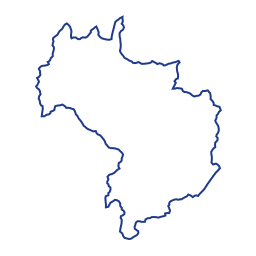 Campinas, São Paulo, Brazil (orthographic projection), rotated 91°
{"feature_id": "56859067B21122711831395", "entity_name": "Campinas", "entity_type": "district", "adm_level": 2, "iso_a3": "BRA", "parent_name": "Brazil", "parent_adm1": "São Paulo", "projection": "orthographic", "projection_center": [-47.047, -22.895], "detail": "fine", "context": "isolated", "style": "outline", "palette": "blue", "viewbox_px": 256, "rotation_deg": 91, "n_neighbors": 0, "source": "geoboundaries", "source_scale": "gbopen_adm2", "svg_char_len": 4492}
<svg xmlns="http://www.w3.org/2000/svg" viewBox="0 0 256 256"><g transform="rotate(91 128 128)"><path d="M217.1,96.2L216.3,93.9L215.6,91.0L214.9,89.1L212.8,89.4L212.4,87.6L212.3,85.4L210.0,84.5L207.3,85.5L205.3,86.4L204.0,85.3L202.4,85.5L200.8,84.5L199.9,82.9L198.9,80.7L198.4,78.5L198.9,76.6L198.4,75.0L198.4,73.3L197.0,71.2L195.9,69.4L195.3,67.9L193.5,66.5L194.4,64.1L196.0,62.0L194.6,60.3L194.2,58.5L194.7,56.8L192.9,55.4L188.2,51.0L186.4,49.8L182.5,47.4L176.1,43.0L173.3,41.0L171.0,39.4L169.5,37.8L168.3,36.8L166.7,35.4L164.6,36.2L162.9,37.9L162.1,39.5L163.0,42.3L161.1,43.9L158.9,43.7L157.0,43.6L154.6,43.8L152.1,44.3L150.3,44.3L148.6,43.3L146.8,42.1L145.7,40.4L143.6,40.7L141.0,40.5L139.9,39.3L138.3,38.2L136.5,38.2L134.9,39.6L133.0,39.2L131.6,38.1L129.6,37.3L127.6,37.2L125.2,37.6L123.1,38.6L121.0,40.1L119.0,40.9L117.4,40.0L115.9,39.6L114.0,39.7L112.2,38.2L110.2,37.3L108.8,35.6L107.4,36.0L105.2,36.9L104.8,39.0L104.1,40.5L103.5,42.7L101.4,42.8L99.3,44.2L97.7,45.9L95.5,45.9L93.6,46.1L91.8,46.5L90.7,47.6L89.0,48.9L89.7,51.5L89.7,53.8L91.1,55.3L93.3,56.2L94.4,57.9L94.7,60.0L95.3,62.3L94.3,64.3L92.6,66.2L91.7,68.2L91.1,70.3L91.0,72.2L90.1,73.8L87.8,74.8L87.4,77.5L87.2,79.7L87.8,81.7L87.9,83.9L82.0,81.0L80.4,82.3L78.2,80.7L77.6,79.0L75.0,78.8L73.0,79.0L71.0,79.7L69.1,80.0L66.5,80.3L63.8,79.6L61.5,77.6L60.0,78.6L61.2,81.5L61.8,84.2L62.6,86.0L63.0,88.5L64.5,91.3L64.9,93.3L63.5,94.8L62.7,97.6L63.6,99.8L62.5,101.2L61.7,102.9L60.6,105.0L61.9,105.9L62.8,108.0L63.2,110.8L63.5,112.9L63.6,115.6L61.9,118.4L63.0,121.8L62.8,124.1L61.4,125.5L60.6,127.9L59.2,130.0L57.9,132.7L56.1,133.9L54.8,135.1L53.1,136.4L51.3,137.4L48.6,136.9L46.6,136.7L44.6,136.7L42.9,137.0L40.6,137.2L38.6,137.4L37.1,137.9L35.3,138.0L33.5,138.1L31.4,136.9L29.6,134.6L27.4,133.8L25.4,134.6L23.9,136.1L22.3,135.2L20.4,135.1L18.7,135.5L17.0,135.4L18.3,137.9L19.8,139.5L20.8,141.0L22.1,142.5L28.9,144.1L32.0,144.9L37.0,145.9L39.4,146.0L40.1,148.1L40.0,150.2L39.6,152.8L38.7,155.9L37.3,157.7L35.5,159.2L32.7,159.0L29.7,160.2L27.1,161.5L28.3,163.2L29.4,164.3L30.4,165.8L31.4,166.9L33.1,166.8L35.1,168.5L37.2,170.1L38.4,172.2L38.1,174.7L38.9,176.4L40.0,177.6L40.0,179.5L38.4,181.8L38.4,184.3L39.3,186.0L37.8,186.6L35.8,186.6L33.5,186.3L31.6,186.3L30.2,186.9L28.0,187.6L26.1,189.1L24.5,191.0L25.7,192.9L27.9,194.5L29.9,195.4L31.1,196.7L32.3,198.1L33.9,199.1L35.8,200.0L37.4,202.0L39.1,204.2L40.7,204.6L42.5,204.0L44.7,204.6L46.6,204.9L48.0,203.8L49.4,203.4L51.0,203.6L52.9,204.0L54.9,204.6L57.6,204.5L59.5,206.4L61.3,207.0L62.6,207.9L63.4,209.4L65.5,208.2L66.4,209.5L67.0,211.9L67.4,215.2L68.7,217.0L70.4,218.2L72.7,216.9L74.6,216.9L76.3,216.5L78.4,217.8L79.5,219.8L81.1,218.9L83.3,217.8L85.0,218.7L86.4,219.3L88.0,220.6L89.5,219.7L90.8,217.9L92.2,216.9L94.1,216.5L95.8,216.0L97.7,217.4L100.3,217.8L102.4,216.7L105.1,216.3L106.9,215.3L107.5,213.9L109.8,213.5L117.8,214.5L117.7,211.8L116.2,209.7L115.8,207.5L114.7,205.9L113.1,205.7L112.4,203.9L111.4,202.0L109.0,201.6L107.3,201.0L106.8,198.7L106.5,196.2L105.7,194.1L107.3,191.4L109.0,190.0L108.8,188.4L109.1,186.2L109.8,184.4L110.1,182.8L111.4,181.8L113.4,180.9L115.3,180.4L116.6,178.9L118.4,178.0L119.7,177.2L120.9,176.1L122.5,174.8L124.3,173.6L126.6,172.3L127.8,170.6L129.0,169.3L129.8,167.9L130.9,165.3L132.0,162.6L131.6,160.2L133.6,159.4L134.9,158.1L135.7,155.9L137.0,154.5L138.6,153.2L140.9,151.3L142.6,150.6L144.4,149.9L145.8,148.5L147.8,146.9L148.5,144.4L148.4,142.7L148.8,140.0L149.2,138.5L149.7,137.0L151.0,135.7L152.7,133.8L154.5,132.5L156.6,133.0L158.6,133.8L160.2,133.7L161.7,134.4L163.2,136.6L165.1,136.9L167.0,136.8L168.7,135.8L170.0,137.9L171.4,139.3L173.1,141.0L174.3,143.2L175.1,146.0L177.2,147.7L179.6,146.7L181.7,147.7L183.4,147.9L184.7,146.6L186.4,146.3L187.6,144.6L189.8,144.4L192.3,145.2L193.4,146.5L195.6,146.5L196.6,149.1L198.6,149.4L201.9,149.1L204.9,148.7L207.7,148.7L207.1,146.3L204.9,145.3L202.9,144.1L201.4,141.5L200.1,140.0L200.3,138.0L201.5,135.8L203.5,134.5L205.2,134.5L206.6,134.1L207.9,132.8L209.5,132.9L210.9,130.9L212.4,130.0L214.2,130.2L215.4,131.7L216.3,133.5L217.9,133.8L219.8,132.7L221.8,132.7L223.5,132.8L225.7,133.2L228.5,133.8L231.7,134.2L233.6,131.8L235.9,131.0L237.8,129.7L238.6,126.8L239.0,124.6L238.4,122.6L237.1,121.0L236.1,119.2L234.7,117.0L232.8,115.8L231.0,116.0L229.9,117.7L228.7,119.4L226.5,119.7L225.0,119.0L223.5,118.8L221.9,118.0L221.0,116.7L221.1,114.6L221.6,112.6L221.5,109.5L219.2,108.9L217.9,106.9L217.7,104.5L216.6,102.5L216.6,100.5L216.6,98.4L217.1,96.2Z" fill="none" stroke="#1e3a8a" stroke-width="2"/></g></svg>